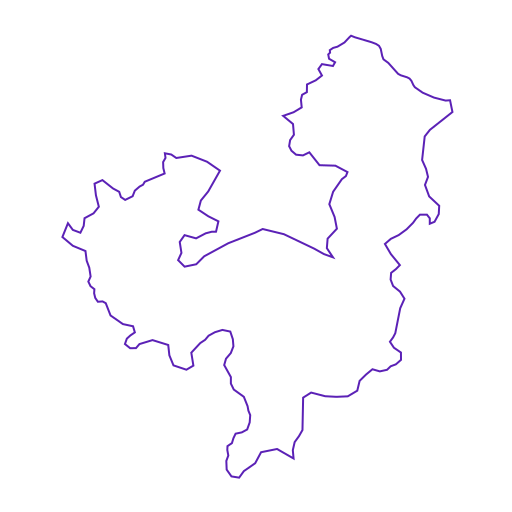 Sofia, orthographic projection, rotated 91°
{"feature_id": "BGR-2244", "entity_name": "Sofia", "entity_type": "Province", "adm_level": 1, "iso_a3": "BGR", "parent_name": "Bulgaria", "parent_adm1": "", "projection": "orthographic", "projection_center": [23.554, 42.64], "detail": "fine", "context": "isolated", "style": "outline", "palette": "violet", "viewbox_px": 512, "rotation_deg": 91, "n_neighbors": 0, "source": "natural_earth", "source_scale": "10m", "svg_char_len": 2912}
<svg xmlns="http://www.w3.org/2000/svg" viewBox="0 0 512 512"><g transform="rotate(91 256 256)"><path d="M34.1,164.8L35.6,160.9L40.3,144.0L41.9,139.6L43.7,136.7L46.7,134.9L53.8,133.3L57.1,132.0L57.2,131.9L60.6,127.1L71.4,117.1L72.8,114.4L74.7,108.0L75.9,105.6L78.1,103.7L82.4,101.6L84.5,100.1L89.8,92.2L94.5,80.8L97.3,69.1L96.9,64.7L108.6,62.1L126.8,84.3L133.5,89.4L157.1,91.6L165.9,87.5L173.9,85.4L182.0,88.3L193.4,83.9L202.6,73.7L210.9,74.0L218.7,78.1L220.7,82.8L215.3,82.9L211.7,85.8L211.8,92.8L215.7,96.5L220.0,99.5L226.7,105.9L232.6,113.7L236.5,121.5L241.7,127.3L251.7,121.2L262.6,112.0L266.6,115.8L270.5,120.6L277.2,121.0L283.6,118.4L289.1,111.4L296.1,106.8L305.7,110.9L330.8,115.4L335.0,117.5L339.4,120.6L345.3,116.5L350.0,109.4L357.3,109.2L361.9,114.3L363.9,119.4L367.5,123.0L369.2,130.2L367.2,137.6L372.6,143.9L379.0,150.2L388.9,152.4L394.7,161.8L395.4,173.1L395.0,184.4L391.6,198.5L396.8,206.4L429.2,206.5L435.4,209.9L441.4,214.1L449.5,215.8L457.8,214.9L448.6,231.6L452.1,247.5L463.2,253.2L471.3,264.4L477.9,269.0L476.8,276.7L470.1,281.6L461.4,282.1L456.0,280.2L450.5,281.3L446.6,281.2L443.5,276.8L438.6,275.4L434.0,273.3L432.6,267.1L429.6,261.8L422.5,259.4L415.2,259.0L410.8,260.9L406.3,261.8L397.0,265.7L389.9,275.9L384.0,278.9L377.5,279.0L365.6,285.9L359.2,284.2L353.5,279.5L346.7,277.0L339.6,277.7L332.0,280.4L330.5,288.3L332.9,295.7L336.5,302.0L340.7,305.4L344.0,310.2L353.8,319.0L366.7,316.7L370.9,323.6L366.8,336.6L356.8,340.9L346.5,342.2L341.9,358.0L346.1,371.0L350.2,374.4L350.4,380.2L346.3,385.5L340.9,383.7L337.6,380.2L334.5,375.8L328.4,377.7L326.4,387.9L318.0,400.4L305.8,405.4L304.1,408.6L304.5,413.3L300.7,416.0L296.1,417.2L292.0,417.0L289.1,420.9L284.5,423.2L279.4,421.0L270.6,422.5L263.7,425.2L254.0,426.6L249.0,439.3L240.4,449.9L226.5,444.6L233.1,439.6L235.8,432.0L228.9,428.8L221.2,428.1L216.2,419.2L209.5,414.0L198.1,417.1L186.5,418.7L182.8,410.9L191.0,400.1L194.2,393.9L199.4,392.1L202.2,387.8L198.4,380.4L192.8,378.3L188.6,373.6L186.7,370.2L183.7,368.5L175.1,348.8L169.7,350.2L163.7,350.5L159.5,348.2L154.9,348.9L156.0,342.5L159.4,337.4L156.8,322.2L162.6,306.6L171.3,293.5L192.3,304.9L201.5,312.1L210.7,314.4L217.1,304.4L222.0,294.2L232.4,296.4L232.5,300.6L234.2,306.7L239.4,316.2L236.4,327.8L243.3,332.5L254.2,330.6L261.5,333.8L267.9,327.2L265.3,315.6L257.2,307.8L243.7,283.9L232.8,257.5L228.9,249.8L233.7,228.5L247.6,198.0L252.9,188.1L256.0,179.0L246.9,185.3L237.4,184.7L227.3,175.6L215.6,178.1L202.9,183.6L190.4,180.0L177.7,171.5L174.5,167.5L170.5,166.0L164.3,178.2L164.1,194.1L151.4,204.5L154.6,210.8L154.0,217.7L150.1,222.4L145.6,224.8L139.5,223.9L134.1,220.2L123.4,221.3L115.4,231.3L111.6,220.9L106.6,212.9L98.9,213.8L94.0,212.7L91.3,208.0L83.6,208.0L79.3,199.3L74.4,193.2L68.0,196.9L63.0,193.4L64.7,182.4L60.9,180.3L57.5,186.4L53.2,187.3L51.4,185.5L48.9,185.8L46.6,182.5L45.3,178.2L41.0,171.3L35.4,166.2L34.1,164.8Z" fill="none" stroke="#5b21b6" stroke-width="2"/></g></svg>